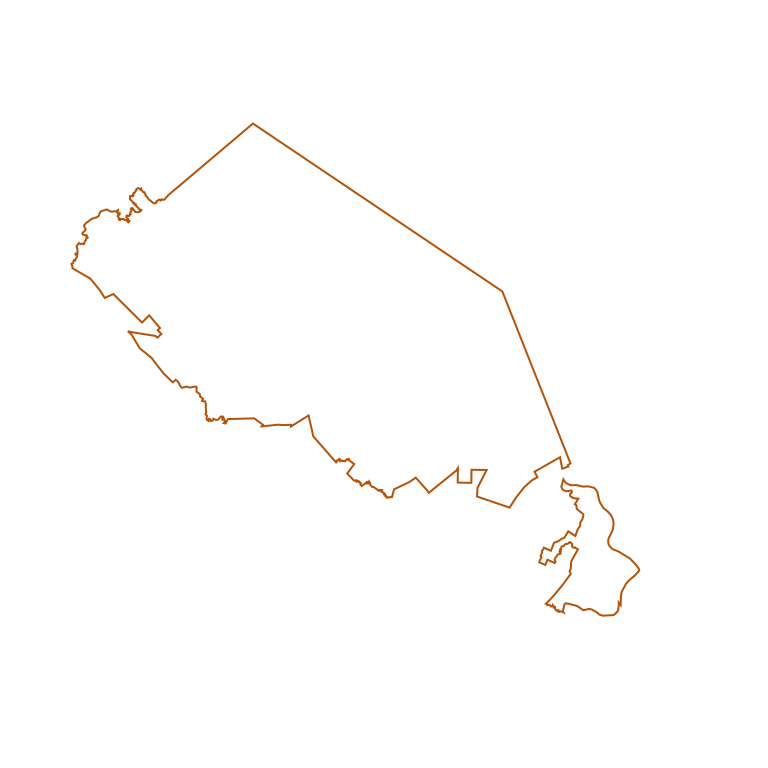 the district of Loma Bonita, Oaxaca, Mexico, rotated 314°
{"feature_id": "50627088B96812513465333", "entity_name": "Loma Bonita", "entity_type": "district", "adm_level": 2, "iso_a3": "MEX", "parent_name": "Mexico", "parent_adm1": "Oaxaca", "projection": "albers", "projection_center": [-95.917, 17.963], "detail": "fine", "context": "isolated", "style": "outline", "palette": "amber", "viewbox_px": 768, "rotation_deg": 314, "n_neighbors": 0, "source": "geoboundaries", "source_scale": "gbopen_adm2", "svg_char_len": 5993}
<svg xmlns="http://www.w3.org/2000/svg" viewBox="0 0 768 768"><g transform="rotate(314 384 384)"><path d="M456.4,573.3L532.8,404.8L480.3,108.8L369.8,97.6L368.8,97.9L366.9,97.6L365.6,98.0L364.1,97.9L363.4,97.5L362.5,95.9L361.5,96.2L360.8,95.9L360.9,94.9L360.1,93.9L358.7,93.9L357.2,93.4L356.6,94.1L355.8,94.3L354.1,93.0L353.4,86.8L353.7,84.3L354.1,83.2L353.9,81.7L354.8,80.5L354.9,79.4L355.5,78.8L355.5,78.3L354.7,77.3L355.2,75.3L354.7,74.6L355.9,73.4L354.6,72.8L354.6,71.7L353.9,71.0L352.3,70.5L351.7,70.6L351.2,71.4L349.8,71.3L348.8,71.8L347.5,71.1L346.6,71.7L346.1,71.6L345.9,72.7L345.1,73.0L344.4,72.8L344.1,72.0L343.4,71.6L343.0,70.8L342.7,70.8L340.5,72.8L340.3,76.9L340.7,78.2L339.9,78.4L339.7,79.4L340.8,80.4L340.1,80.9L340.4,81.6L339.9,82.3L340.1,84.9L339.7,85.5L340.0,86.3L339.6,87.3L340.7,88.5L340.4,88.9L339.3,88.4L338.2,88.7L337.9,88.2L336.4,87.5L335.1,85.9L335.7,80.6L334.9,80.1L334.1,80.3L334.4,80.8L334.2,81.6L332.7,82.2L331.7,82.0L330.5,82.9L330.2,83.7L329.5,83.2L328.8,83.9L327.5,83.8L326.7,82.0L326.0,82.0L325.0,83.1L324.7,84.6L325.0,85.5L324.1,86.3L324.4,87.7L322.9,87.9L322.6,87.2L323.2,86.4L322.8,85.8L322.9,84.9L321.8,83.6L321.9,82.0L320.5,80.9L320.0,80.0L318.5,80.2L318.1,79.4L318.5,78.6L319.5,77.9L319.7,75.7L320.8,75.6L321.9,76.1L323.0,75.7L323.2,75.0L321.8,74.0L321.8,73.1L322.2,72.6L324.1,72.3L324.4,71.9L322.1,71.3L318.5,68.0L317.9,67.0L317.3,64.0L316.8,63.2L311.7,60.5L310.5,60.5L306.4,62.0L304.6,61.6L300.0,59.1L292.8,57.9L289.7,58.1L289.2,58.5L288.0,62.0L286.8,62.3L283.5,62.2L282.5,62.5L282.4,63.8L283.1,64.9L283.2,65.9L284.3,66.4L284.0,67.5L283.5,69.2L283.1,69.1L282.8,68.4L282.3,68.9L281.2,68.8L280.5,69.5L278.7,69.7L276.3,70.9L275.7,70.6L275.2,69.1L273.8,68.6L273.5,66.6L270.1,67.0L269.4,67.4L268.0,69.8L264.6,73.3L263.5,73.3L263.6,71.7L263.0,71.8L262.8,74.1L262.1,74.9L260.0,75.2L258.3,76.2L258.1,76.1L258.0,75.1L257.4,75.0L255.0,76.4L253.5,75.7L252.9,76.3L251.9,78.6L250.8,79.5L255.8,99.5L254.1,114.5L251.9,123.3L260.7,126.8L260.1,167.2L270.3,167.4L268.6,184.0L265.5,183.8L265.3,189.1L260.0,188.8L259.7,186.1L246.4,167.0L244.0,163.1L244.3,167.5L240.0,183.6L241.3,198.5L238.5,217.4L238.4,230.4L238.6,230.9L242.1,231.3L242.6,232.7L242.3,235.6L240.9,239.1L240.8,241.1L245.4,244.2L245.4,244.9L246.0,246.0L247.9,247.8L250.9,249.9L251.7,250.8L251.4,251.7L249.6,253.0L248.2,254.7L248.8,258.4L247.2,260.6L247.7,264.0L246.5,264.3L245.4,265.0L247.3,267.5L244.8,270.9L243.4,272.0L240.6,275.2L239.3,276.3L238.1,276.7L238.2,278.8L236.1,280.0L235.2,281.6L235.6,283.5L237.2,282.2L237.9,282.6L237.8,283.7L237.2,285.1L238.0,285.9L239.3,286.1L240.5,285.4L241.3,287.7L242.1,288.8L243.2,289.3L247.4,289.3L248.7,290.8L248.6,291.3L246.9,291.5L246.5,292.2L247.4,292.0L247.9,292.5L247.6,293.8L246.8,294.5L247.2,295.7L246.0,297.0L245.3,296.0L244.6,296.0L245.7,297.5L250.4,296.1L269.1,314.5L270.6,325.2L268.6,325.5L281.3,336.2L284.1,339.7L290.2,345.6L288.8,346.6L309.0,351.6L297.2,369.5L294.4,403.1L294.8,402.8L295.0,404.0L296.2,403.3L296.5,403.8L298.2,403.8L298.2,404.3L299.0,404.0L299.2,404.9L298.0,406.2L299.8,406.9L300.2,408.2L300.9,408.6L301.5,409.8L303.8,409.4L304.2,410.2L305.5,410.3L305.7,411.1L304.8,411.2L305.7,418.2L294.0,419.7L293.7,429.3L294.3,430.4L295.2,430.7L294.7,431.9L295.8,431.9L295.8,433.1L296.4,433.3L295.9,434.2L296.5,434.5L296.5,436.5L295.3,436.9L295.1,438.9L301.3,439.7L300.6,441.0L301.1,441.2L302.3,440.7L302.7,441.2L303.5,440.9L303.1,442.7L302.1,443.0L301.7,446.8L302.9,448.4L302.9,450.4L303.3,451.3L303.3,453.4L304.0,455.2L304.7,454.5L306.4,456.4L304.8,457.7L305.6,459.4L304.8,460.4L305.4,461.2L304.4,461.8L304.9,462.3L304.2,463.4L305.0,463.8L305.0,465.0L304.5,465.5L305.8,466.1L306.3,467.0L307.3,467.0L307.9,468.3L308.2,468.3L315.2,464.4L330.7,470.2L338.7,471.9L337.4,489.3L336.9,491.8L371.8,496.1L374.8,495.6L364.3,505.5L373.6,515.5L383.1,506.5L393.4,517.6L374.2,523.4L367.7,529.1L382.3,560.2L394.8,557.8L407.3,556.5L416.9,557.2L423.6,559.1L425.4,553.2L453.6,561.5L446.9,571.0L448.4,572.0L451.5,573.1L452.5,573.9L453.2,572.6L456.4,573.3ZM389.4,707.8L395.0,702.7L399.3,699.5L408.6,696.8L413.5,696.7L420.8,697.5L427.1,697.2L428.3,695.3L429.0,690.9L429.3,682.0L426.4,669.0L423.9,663.0L424.2,658.5L424.9,656.5L427.6,653.6L429.5,652.6L436.4,650.5L438.4,649.5L442.1,646.9L443.6,645.6L445.0,643.7L446.4,641.1L447.3,638.4L447.7,633.3L447.2,628.1L448.8,621.7L449.9,619.5L454.5,612.4L455.1,610.2L455.3,607.3L452.4,602.2L448.5,598.5L444.8,592.4L442.4,590.2L440.6,588.1L439.2,583.6L439.4,581.4L440.0,579.3L433.2,583.0L432.1,585.6L432.3,587.1L433.8,589.9L437.6,592.9L437.0,594.2L435.9,594.5L434.5,594.2L433.2,595.2L432.6,596.5L433.1,597.5L433.3,599.3L436.5,603.5L430.1,604.8L430.4,606.6L428.1,609.4L428.7,616.8L428.5,618.0L427.9,618.8L424.3,620.7L420.5,621.5L418.1,623.7L413.8,624.4L407.6,627.2L406.0,618.9L398.9,620.5L395.6,619.3L391.5,618.4L387.9,616.6L380.0,619.9L377.3,612.7L375.5,613.6L374.1,613.4L373.4,613.8L372.5,614.8L369.0,616.1L368.9,617.5L368.6,617.7L366.7,618.1L363.6,619.5L365.9,625.7L371.2,623.7L373.8,631.2L375.2,630.9L376.1,628.8L377.1,628.2L379.6,628.0L381.3,627.4L382.2,627.5L384.2,628.7L384.9,628.6L384.8,627.9L385.2,627.0L386.0,627.6L386.6,627.3L386.3,626.4L387.4,625.5L388.1,626.1L390.3,624.6L392.3,625.8L394.3,625.6L395.4,626.0L396.0,626.7L397.8,627.5L398.7,627.2L399.6,627.8L399.6,630.5L398.8,631.0L398.7,631.6L397.7,632.3L397.7,633.4L398.0,634.2L399.2,635.0L399.1,635.9L399.6,636.7L399.8,638.3L386.5,641.9L380.9,646.6L378.3,647.5L377.1,650.2L364.0,652.0L352.5,652.9L344.8,653.2L338.3,653.1L338.8,654.7L338.4,655.2L339.7,655.9L340.2,657.9L339.8,658.4L340.7,659.1L341.5,659.0L341.7,659.3L341.3,659.9L342.2,659.2L342.0,660.7L341.2,661.2L342.3,662.1L341.3,662.8L340.9,663.6L341.0,666.9L341.5,667.4L342.3,666.6L342.5,667.0L341.7,667.8L341.7,668.2L343.2,669.0L344.3,671.6L344.4,671.0L346.6,669.4L350.4,667.1L352.2,666.9L354.2,669.5L358.5,677.2L359.7,684.5L365.0,688.0L366.2,690.4L367.7,696.2L367.7,699.2L369.5,702.5L377.3,709.7L381.7,710.1L383.8,709.7L388.5,706.1L389.8,704.7L389.4,707.8Z" fill="none" stroke="#b45309" stroke-width="2"/></g></svg>